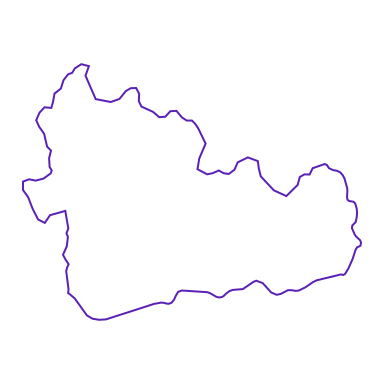 map outline of Kardzhali (orthographic projection)
{"feature_id": "BGR-2237", "entity_name": "Kardzhali", "entity_type": "Province", "adm_level": 1, "iso_a3": "BGR", "parent_name": "Bulgaria", "parent_adm1": "", "projection": "orthographic", "projection_center": [25.602, 41.573], "detail": "fine", "context": "isolated", "style": "outline", "palette": "violet", "viewbox_px": 384, "rotation_deg": 0, "n_neighbors": 0, "source": "natural_earth", "source_scale": "10m", "svg_char_len": 1970}
<svg xmlns="http://www.w3.org/2000/svg" viewBox="0 0 384 384"><path d="M326.9,165.0L329.0,168.2L333.1,170.1L337.1,170.8L340.3,172.4L342.8,175.3L344.5,178.5L347.2,188.2L347.4,191.1L347.0,197.1L347.5,199.7L349.1,201.0L353.6,201.8L355.2,203.5L356.7,208.6L357.1,212.9L356.7,217.2L355.7,222.0L352.3,225.5L351.9,228.1L354.9,234.8L356.1,236.5L360.1,240.2L361.0,242.5L360.5,245.6L359.0,246.5L357.2,247.2L355.7,249.5L352.6,259.0L348.3,268.7L345.0,274.0L343.2,275.0L341.1,274.4L316.7,280.3L313.0,282.1L305.4,287.3L298.9,290.5L295.8,290.9L291.9,290.2L287.9,290.2L280.8,293.9L276.7,294.8L271.2,292.5L262.7,283.1L256.3,280.7L253.4,281.9L242.8,289.1L232.8,289.9L229.6,291.0L226.1,293.6L224.0,295.7L222.1,297.0L218.9,297.5L216.1,296.7L210.1,293.2L207.3,292.2L182.1,290.5L178.2,291.8L176.0,295.4L174.1,299.6L171.6,302.7L168.8,303.8L166.5,303.6L164.3,302.9L161.3,302.6L154.0,303.9L105.9,319.4L99.1,319.8L92.5,318.7L86.9,315.4L74.8,298.5L69.3,293.8L68.2,293.2L68.5,289.1L66.2,271.1L67.1,267.5L68.6,264.2L65.5,259.5L63.0,254.8L66.8,246.3L67.9,236.9L66.5,233.3L68.3,228.4L65.3,210.9L50.0,215.2L44.8,222.9L38.1,219.5L32.6,208.7L28.1,197.1L23.0,190.0L23.0,181.6L29.1,179.3L35.6,180.6L43.5,178.6L50.7,173.4L51.7,170.5L49.6,166.9L49.1,158.1L51.0,150.6L47.1,146.6L44.1,133.8L39.2,126.8L36.2,120.2L39.5,112.7L44.5,107.3L51.3,107.9L53.0,102.0L54.5,93.6L60.9,88.5L63.5,80.2L68.1,74.3L72.2,72.8L74.8,68.4L81.3,64.2L88.9,66.1L85.5,75.7L95.7,99.1L110.7,102.0L119.4,99.0L125.8,91.1L130.7,88.2L136.1,88.0L139.2,93.8L138.8,101.2L141.5,106.6L153.1,111.9L159.2,117.2L165.3,116.7L170.3,111.2L176.5,110.9L181.8,117.3L186.6,120.5L191.9,120.5L195.1,123.7L198.2,128.3L205.6,143.6L199.2,158.7L197.5,169.2L207.1,174.3L212.6,173.2L218.8,170.5L223.6,173.2L228.7,174.0L234.4,169.8L237.8,162.3L247.9,157.4L257.8,161.1L258.9,168.9L260.8,176.4L273.8,190.3L286.3,196.1L297.7,184.9L299.8,177.0L304.4,174.4L309.6,174.5L312.7,168.2L324.8,164.0L326.7,165.0L326.9,165.0Z" fill="none" stroke="#5b21b6" stroke-width="2"/></svg>